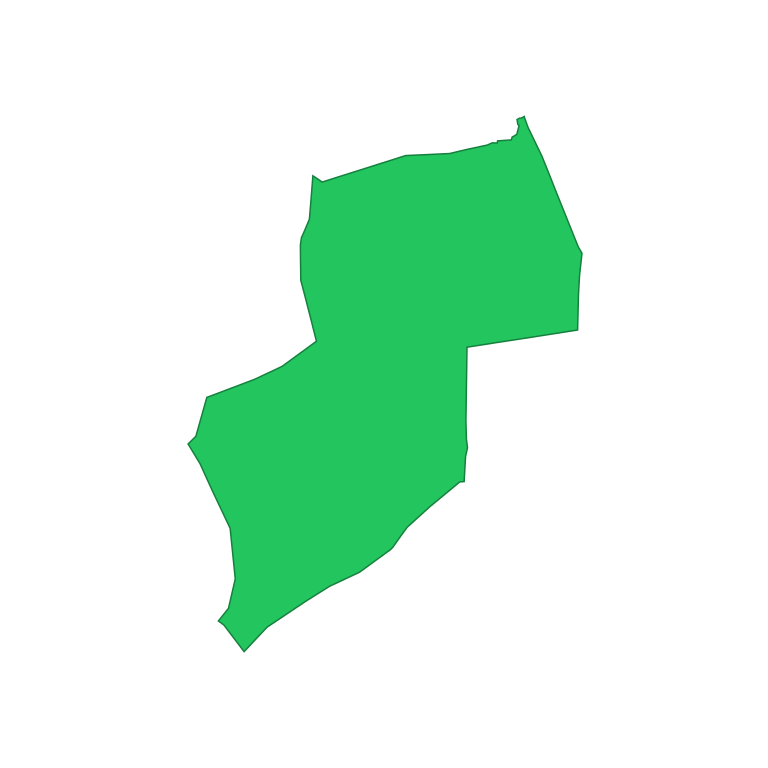 San Pedro Totolápam, Oaxaca, Mexico, rotated 291°
{"feature_id": "50627088B25351839597383", "entity_name": "San Pedro Totolápam", "entity_type": "district", "adm_level": 2, "iso_a3": "MEX", "parent_name": "Mexico", "parent_adm1": "Oaxaca", "projection": "orthographic", "projection_center": [-96.209, 16.658], "detail": "fine", "context": "isolated", "style": "filled", "palette": "green", "viewbox_px": 768, "rotation_deg": 291, "n_neighbors": 0, "source": "geoboundaries", "source_scale": "gbopen_adm2", "svg_char_len": 1238}
<svg xmlns="http://www.w3.org/2000/svg" viewBox="0 0 768 768"><g transform="rotate(291 384 384)"><path d="M451.1,269.1L437.3,279.0L424.5,288.1L418.6,292.3L416.4,293.9L413.9,295.6L399.7,305.6L363.9,282.5L342.0,261.5L308.0,223.4L295.0,224.6L267.8,227.1L257.8,222.6L243.5,241.0L234.7,249.9L223.1,261.7L194.1,292.1L171.1,303.7L148.7,315.0L118.8,319.2L103.4,314.3L101.6,320.9L84.0,349.3L115.1,362.0L152.7,388.5L162.6,395.9L175.7,405.7L189.1,418.6L199.5,428.6L228.3,447.2L231.1,449.1L234.5,450.7L248.7,454.3L258.6,457.0L286.1,470.9L303.1,480.5L319.7,489.8L321.6,493.8L345.6,486.1L354.4,484.8L362.1,480.7L378.9,473.7L448.1,448.3L462.7,473.7L472.3,490.6L503.8,545.4L508.8,543.6L537.8,533.3L555.3,527.7L577.0,522.0L581.5,516.4L585.0,513.1L607.6,492.1L627.1,474.0L636.5,465.4L653.2,449.9L675.4,426.3L683.3,419.5L684.0,419.1L681.3,416.7L680.8,415.3L678.6,413.4L674.3,415.9L673.7,417.5L664.6,418.5L660.4,415.1L657.5,415.4L651.7,402.9L649.5,403.3L648.0,398.7L644.1,394.8L635.8,382.1L632.8,377.5L629.2,372.2L622.7,362.7L614.3,343.6L605.0,322.3L550.4,253.9L552.9,243.0L536.7,247.8L519.0,253.0L511.0,255.3L498.8,254.9L490.9,254.5L485.5,255.7L483.6,256.2L468.9,262.0L459.4,265.8L451.1,269.1Z" fill="#22c55e" stroke="#15803d" stroke-width="1.5"/></g></svg>